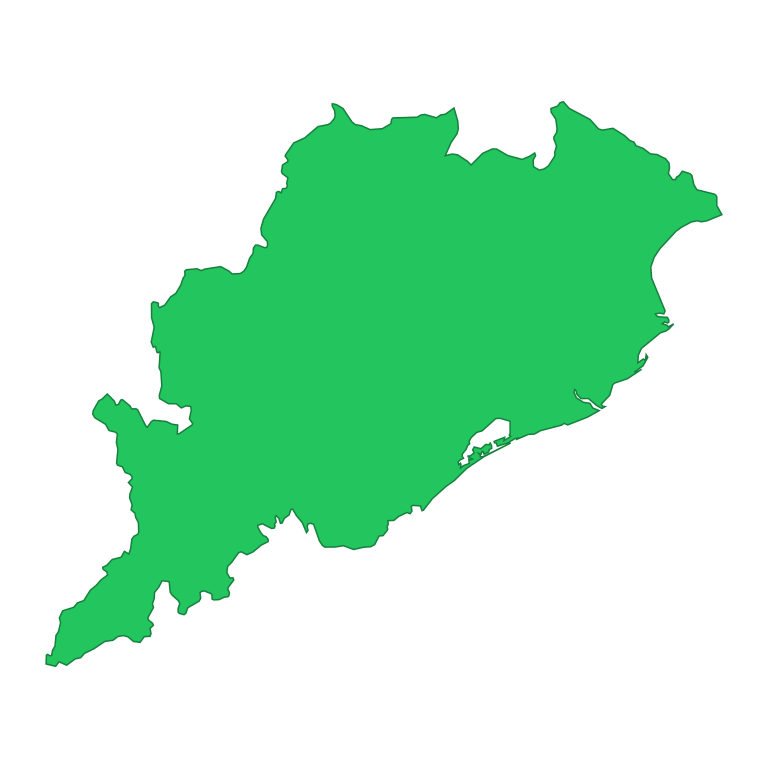 an SVG outline of Odisha
{"feature_id": "IND-2444", "entity_name": "Odisha", "entity_type": "State", "adm_level": 1, "iso_a3": "IND", "parent_name": "India", "parent_adm1": "", "projection": "mercator", "projection_center": [83.889, 20.172], "detail": "fine", "context": "isolated", "style": "filled", "palette": "green", "viewbox_px": 768, "rotation_deg": 0, "n_neighbors": 0, "source": "natural_earth", "source_scale": "10m", "svg_char_len": 6104}
<svg xmlns="http://www.w3.org/2000/svg" viewBox="0 0 768 768"><path d="M721.9,214.7L706.9,220.8L701.5,221.8L697.3,220.8L691.2,222.0L681.4,227.3L676.0,231.2L659.7,248.9L654.1,257.4L650.8,267.1L651.6,278.1L665.1,310.9L663.8,313.9L659.6,313.1L655.4,313.9L656.6,315.9L659.0,316.8L667.4,317.4L668.9,320.2L668.7,322.2L667.6,323.0L664.6,322.0L662.2,323.8L667.4,325.4L668.3,327.0L673.7,323.8L669.3,328.6L666.2,330.9L660.4,332.8L641.3,348.5L638.3,355.3L637.8,362.8L643.3,359.0L645.4,360.3L646.2,354.7L647.8,357.3L643.1,365.8L634.9,371.7L635.7,372.8L641.6,369.3L627.6,378.6L614.6,383.1L612.8,384.7L609.7,395.3L601.3,404.1L602.7,406.2L605.1,406.6L601.9,408.5L596.5,405.4L588.4,398.5L581.0,398.6L577.0,394.4L575.9,390.5L574.7,389.5L573.9,392.0L576.4,397.8L583.4,402.3L589.9,403.3L592.8,408.0L599.2,410.6L587.6,417.1L567.7,424.9L564.1,423.4L561.4,425.2L540.7,430.6L534.3,434.1L528.3,434.4L516.0,439.7L517.6,438.2L514.9,438.6L507.7,443.0L497.4,446.2L496.3,443.0L494.5,442.9L494.1,441.4L504.7,437.3L503.9,440.6L510.7,436.5L509.3,435.2L510.1,433.3L510.1,421.2L499.7,418.2L495.6,418.7L482.2,430.8L476.5,432.5L471.2,437.6L469.3,441.0L469.6,443.8L467.8,445.3L466.1,449.3L462.3,454.1L462.2,456.1L463.5,458.4L460.3,459.7L458.1,462.0L458.8,464.7L460.5,463.2L461.0,464.4L460.5,468.0L463.5,465.6L469.2,463.5L468.8,459.1L470.5,459.9L472.6,459.1L468.1,456.8L468.1,456.0L470.3,455.9L474.2,452.7L472.6,449.9L474.2,447.0L481.0,448.7L485.6,444.5L489.2,444.7L490.2,443.0L491.5,445.3L491.7,448.3L489.4,449.5L488.7,451.9L484.1,454.2L483.0,451.5L482.1,451.4L481.0,454.3L478.7,453.5L480.3,455.3L480.3,456.8L483.4,456.5L510.7,443.0L484.1,456.6L466.7,468.4L454.4,480.5L446.2,486.3L432.5,498.5L423.5,510.1L422.0,510.7L420.4,505.9L412.8,505.4L411.3,506.3L411.9,511.2L410.0,513.7L406.9,512.5L398.6,516.5L393.9,520.4L387.8,520.7L388.3,524.2L387.1,526.7L387.7,529.1L387.0,530.6L383.1,535.6L379.1,536.0L374.7,544.6L370.9,546.7L363.8,547.2L353.6,549.5L343.5,545.7L335.3,547.0L324.8,547.1L322.4,545.4L319.4,540.8L313.6,524.3L310.2,523.2L307.8,524.2L307.2,526.6L308.0,530.4L306.5,532.6L302.4,522.9L296.3,515.4L292.6,509.1L291.0,509.4L289.1,514.9L284.4,518.3L282.1,523.1L280.4,523.3L278.9,518.3L276.1,515.7L275.2,517.1L276.2,522.1L274.4,524.2L275.1,525.9L274.4,528.0L271.6,528.5L262.4,523.8L257.8,525.3L257.8,527.1L260.8,532.6L263.1,535.5L266.1,536.7L268.3,539.7L268.1,541.6L261.1,545.2L253.0,551.9L246.9,554.7L241.2,551.8L238.6,552.7L231.7,562.3L227.6,566.5L226.9,572.7L229.8,577.9L233.0,577.8L233.8,580.0L228.2,587.4L227.8,588.8L229.4,592.7L228.9,595.8L227.8,596.8L224.4,597.1L219.2,599.6L213.8,599.9L212.1,599.1L212.0,595.2L211.0,593.6L204.1,590.9L201.8,591.3L200.0,592.7L200.7,598.2L199.1,601.2L187.8,607.7L185.8,613.4L184.0,614.7L179.3,613.4L178.1,612.1L178.1,608.5L179.8,603.5L178.4,600.7L172.1,595.1L170.2,592.1L169.2,581.7L162.1,580.7L158.9,586.9L154.5,592.5L154.2,598.6L152.4,603.7L153.5,607.4L148.0,617.5L148.1,619.6L152.6,623.3L153.4,625.2L150.1,628.4L151.0,633.7L150.1,636.3L144.2,636.7L140.1,642.3L133.5,641.5L128.1,636.9L123.6,635.6L118.1,636.4L112.9,640.3L104.9,641.4L94.0,648.7L84.5,653.4L80.6,657.7L75.2,658.9L66.6,665.2L59.1,661.8L55.6,666.3L46.1,664.0L46.4,655.1L47.7,654.4L50.0,655.8L51.6,655.5L52.6,650.2L55.0,646.1L56.0,635.5L58.5,631.5L60.6,622.7L59.4,618.0L62.6,610.8L73.8,607.3L77.4,602.9L83.8,600.6L90.3,590.2L96.0,585.6L101.1,579.8L107.5,575.1L106.9,572.0L103.2,569.4L102.7,567.3L106.8,565.3L112.2,559.5L121.2,557.2L124.4,551.3L128.8,554.0L130.6,548.8L131.9,539.1L133.9,536.3L137.8,534.3L138.7,532.1L138.4,522.5L135.7,517.5L135.1,513.4L131.1,509.9L132.1,504.8L129.6,497.8L129.9,494.0L132.5,487.1L128.4,482.5L132.1,478.8L132.0,476.7L130.2,474.4L125.2,472.5L122.4,466.8L117.6,465.2L116.6,463.4L117.9,449.3L116.4,442.4L117.4,434.0L115.6,432.2L109.0,430.5L105.6,424.3L94.9,417.8L92.7,414.1L93.3,410.5L98.7,400.9L102.0,399.1L107.3,394.0L114.4,401.2L115.8,405.1L118.5,404.4L120.7,400.1L122.4,399.6L129.9,405.8L131.7,408.9L136.0,408.8L137.6,409.7L145.7,425.8L147.3,427.3L151.3,421.6L153.5,420.2L166.3,421.5L171.9,424.2L177.7,425.0L177.3,433.9L179.2,433.7L192.0,425.0L192.6,423.5L189.4,418.8L191.3,410.2L190.6,406.4L186.0,405.9L181.3,407.9L176.3,403.8L168.5,403.7L159.6,398.5L159.3,395.4L161.8,385.9L160.9,371.7L159.1,367.8L160.1,353.0L159.8,351.7L158.1,352.8L156.9,352.2L155.7,347.1L154.8,346.4L153.3,347.3L151.2,342.2L154.2,327.2L151.6,317.8L151.5,303.7L153.4,301.8L157.3,302.7L158.4,303.4L158.4,306.4L159.6,307.6L164.8,305.1L170.6,296.9L175.9,293.3L180.8,285.0L183.1,278.2L185.0,275.4L184.8,271.1L186.4,269.7L197.0,268.8L201.2,270.6L204.8,269.1L220.6,266.6L228.9,271.0L232.2,274.0L240.4,273.5L243.8,271.2L246.5,267.3L249.7,258.1L253.1,253.3L253.4,248.2L255.5,245.1L257.9,245.1L264.6,247.7L266.7,247.4L267.6,245.2L267.3,241.5L261.7,234.9L260.9,228.4L263.6,219.0L275.5,198.6L276.4,192.4L278.5,191.4L281.3,192.8L282.5,188.8L286.4,188.2L287.3,186.0L286.7,183.4L287.9,177.7L282.4,173.7L281.5,171.7L282.5,165.0L287.9,161.5L287.8,159.6L285.2,156.3L285.5,154.9L293.8,142.9L304.7,137.9L318.0,126.6L328.0,124.6L330.7,123.0L334.4,118.4L335.2,115.6L334.5,110.4L332.1,105.7L332.3,103.7L336.4,104.6L343.0,108.5L352.0,122.0L355.4,124.7L361.2,125.6L370.1,129.6L382.3,128.7L390.8,123.8L391.7,119.2L393.0,117.9L417.1,117.2L421.0,115.0L424.6,114.4L436.5,117.8L440.5,115.0L445.4,114.2L454.0,108.0L457.8,121.2L458.3,128.8L457.1,133.6L451.1,142.5L445.2,155.7L452.3,154.0L457.6,154.8L467.5,161.3L471.1,165.0L482.7,153.3L492.2,149.0L496.5,149.0L507.9,155.6L522.1,159.4L529.6,156.3L534.7,153.0L535.6,155.7L533.2,159.8L533.4,165.8L533.9,167.0L539.4,170.1L544.2,168.9L548.5,165.8L554.9,155.9L554.7,152.4L556.5,146.0L553.9,139.1L553.9,136.9L556.7,132.4L557.0,128.2L555.8,119.2L551.2,112.3L550.9,108.5L557.5,106.1L560.1,102.7L563.3,101.7L569.2,108.4L590.0,119.4L598.5,128.9L602.4,130.1L613.0,128.3L624.7,135.7L629.6,140.3L634.1,142.3L636.1,145.8L643.0,148.3L650.4,153.9L657.0,154.5L665.7,158.9L669.0,163.0L669.5,167.9L668.4,173.6L672.4,179.5L675.5,179.6L676.6,177.1L679.3,175.4L682.3,171.2L690.1,173.7L691.9,175.5L693.9,184.8L696.9,189.8L714.3,194.1L716.0,195.4L716.8,197.0L716.8,205.6L721.9,214.7Z" fill="#22c55e" stroke="#15803d" stroke-width="1.5"/></svg>